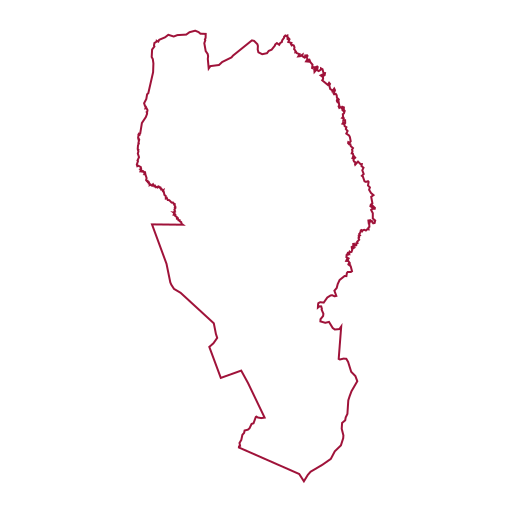 Manyinga, North-Western, Zambia
{"feature_id": "96606910B15136159078795", "entity_name": "Manyinga", "entity_type": "district", "adm_level": 2, "iso_a3": "ZMB", "parent_name": "Zambia", "parent_adm1": "North-Western", "projection": "equal_earth", "projection_center": [24.317, -13.081], "detail": "fine", "context": "isolated", "style": "outline", "palette": "rose", "viewbox_px": 512, "rotation_deg": 0, "n_neighbors": 0, "source": "geoboundaries", "source_scale": "gbopen_adm2", "svg_char_len": 5992}
<svg xmlns="http://www.w3.org/2000/svg" viewBox="0 0 512 512"><path d="M239.0,446.4L238.9,447.5L299.2,474.0L303.9,481.3L307.8,474.9L310.6,471.7L322.5,464.7L330.8,458.9L334.8,451.3L340.9,445.4L343.2,438.2L343.4,435.4L341.7,428.7L342.1,422.9L345.2,420.3L345.7,417.4L347.4,413.9L348.3,400.3L349.7,396.0L351.5,391.2L357.3,381.2L355.4,376.1L351.2,371.8L348.1,361.9L346.3,358.8L343.6,358.6L339.9,359.5L338.7,358.9L341.2,326.5L339.4,329.1L334.8,329.5L332.7,328.0L329.0,321.9L325.3,322.8L320.4,321.4L320.5,319.2L323.1,316.0L323.4,313.8L321.6,309.6L321.9,308.9L321.2,306.4L319.5,306.3L317.9,307.6L318.1,304.1L318.4,303.1L320.2,302.2L323.7,302.6L327.3,297.5L330.5,295.5L332.1,295.2L334.6,296.3L336.3,295.9L334.4,290.7L336.7,288.0L337.7,284.1L339.6,280.0L344.6,276.0L346.4,276.1L346.9,273.0L347.7,272.0L350.8,272.0L352.0,271.2L350.7,266.2L348.7,264.7L349.7,264.1L348.9,263.4L349.6,262.8L348.3,261.0L346.2,260.9L346.9,259.4L348.0,259.4L348.6,258.4L346.4,257.2L346.6,255.0L347.8,254.7L347.3,254.1L347.8,253.0L349.2,253.7L349.0,252.6L349.5,251.7L350.0,252.3L351.5,251.9L352.2,250.0L351.7,247.0L352.1,246.8L352.9,248.5L353.8,247.9L352.6,247.6L353.4,245.2L353.2,244.0L354.0,243.8L354.5,245.6L355.0,245.0L355.7,245.5L356.3,245.1L356.2,243.4L357.5,243.1L357.2,241.7L359.2,239.7L358.5,238.0L359.1,237.4L358.7,236.0L360.0,235.4L359.1,234.1L360.3,232.6L360.8,230.4L361.4,230.1L362.2,231.2L362.9,230.2L364.3,229.8L365.9,230.5L367.3,229.2L368.6,229.4L368.4,227.7L369.4,226.8L369.2,223.6L369.8,222.2L368.7,222.9L368.4,220.5L370.3,220.2L370.8,221.0L372.4,221.3L372.3,222.3L373.2,223.3L374.6,223.0L375.2,220.5L372.8,218.5L372.8,213.2L371.1,209.9L372.2,209.0L372.7,207.6L373.3,208.8L374.7,208.8L374.9,207.9L372.2,205.3L372.1,207.3L370.4,206.2L370.8,204.7L372.4,203.3L371.2,196.8L373.5,195.1L371.0,193.0L369.1,189.8L369.9,187.4L368.0,185.5L368.6,181.9L368.0,181.2L365.9,181.9L364.5,181.3L362.9,176.6L361.9,175.8L363.7,174.0L362.3,170.3L363.5,167.7L361.5,166.1L361.8,164.1L360.6,164.2L358.0,161.6L355.2,164.7L355.0,164.1L356.0,162.6L354.1,161.6L353.5,160.3L353.7,158.5L352.5,158.2L352.9,157.1L354.4,158.4L355.2,157.7L353.3,155.4L352.9,153.7L351.7,153.4L352.5,151.1L352.0,149.7L353.0,148.1L350.8,146.2L350.4,144.4L349.3,144.4L348.1,143.1L348.3,142.1L349.6,142.7L350.7,141.3L349.9,137.1L349.1,135.5L346.3,133.6L347.6,131.0L345.8,129.0L346.4,127.2L344.7,126.2L344.2,124.1L342.5,123.7L343.2,122.6L344.5,123.9L345.2,123.1L345.1,120.3L343.3,120.5L343.8,118.3L342.2,117.9L343.1,116.8L342.8,114.2L343.9,113.4L344.7,110.9L343.9,109.8L343.1,110.7L342.6,110.2L343.8,108.8L343.9,107.4L342.6,106.9L342.1,108.8L340.8,107.0L339.3,107.9L338.6,106.3L339.3,105.4L338.7,102.1L337.6,102.3L336.8,100.8L337.0,100.0L338.4,100.7L338.8,99.5L336.9,97.6L336.7,95.3L335.8,93.9L334.1,94.3L333.7,93.6L335.0,90.2L334.2,88.6L332.4,91.3L332.0,90.1L330.2,89.0L329.3,85.5L330.0,83.9L329.1,82.8L327.8,84.9L322.2,80.3L323.1,78.9L323.0,77.2L320.7,75.4L322.8,74.4L323.8,75.6L324.6,75.2L325.0,73.1L323.5,73.0L322.5,69.2L321.0,68.4L321.0,69.5L318.7,71.1L316.4,69.7L314.5,71.9L314.3,69.5L315.9,67.8L317.3,69.0L317.7,67.0L317.2,66.5L315.2,67.3L312.8,67.1L312.6,68.2L312.1,68.0L312.5,64.6L310.4,62.2L309.4,59.7L308.7,60.0L309.3,61.2L309.0,61.7L306.1,61.4L307.5,59.1L306.6,56.8L307.5,55.9L307.1,55.3L305.2,55.5L305.3,57.3L304.7,57.7L302.2,56.1L302.5,54.6L300.1,56.2L298.3,56.4L299.6,54.2L296.7,53.1L296.2,52.1L295.3,52.3L295.4,50.7L294.1,49.1L294.5,47.4L293.8,45.5L292.5,44.9L291.7,45.4L290.9,44.0L291.4,42.9L288.3,42.0L289.5,39.2L288.8,38.4L288.4,39.2L287.6,39.1L287.4,35.5L286.1,36.1L285.3,35.5L284.1,36.7L284.1,37.7L282.2,40.3L281.8,42.1L280.3,42.9L279.2,44.8L276.9,43.1L275.2,44.5L274.9,45.6L271.6,49.7L268.7,50.9L267.0,53.2L262.2,54.2L258.4,52.3L257.7,49.5L257.9,46.0L257.4,44.2L254.1,40.9L251.9,40.4L233.0,55.6L231.5,57.4L222.2,62.0L219.0,65.0L210.4,66.1L208.7,68.5L207.8,58.9L208.1,56.2L207.7,54.0L205.7,51.1L204.3,43.2L205.3,40.2L204.9,39.4L205.6,37.9L205.7,33.9L200.4,33.7L198.6,32.1L195.2,30.7L189.5,32.2L186.2,34.6L177.4,35.1L173.7,36.5L168.3,34.8L165.1,37.3L159.2,39.8L158.3,41.6L156.7,40.8L156.6,41.6L154.4,43.0L154.0,45.5L154.4,46.5L152.1,49.5L151.7,57.0L152.8,59.1L153.4,63.4L153.1,72.2L148.3,93.2L147.1,94.3L146.3,99.0L144.1,103.2L145.0,106.0L145.8,106.6L145.4,108.4L146.5,108.2L147.5,110.1L147.2,111.9L146.7,112.1L147.1,113.7L145.8,117.1L141.9,123.0L140.2,133.5L139.5,134.4L138.9,133.8L138.5,134.4L139.0,135.1L138.5,135.2L138.1,137.8L138.4,139.0L138.7,138.6L139.2,139.6L138.4,143.1L138.8,143.4L138.0,145.4L137.7,149.0L138.4,149.8L138.0,150.2L138.4,151.6L137.8,153.5L139.0,157.2L137.5,160.5L138.0,161.1L136.8,164.6L137.3,166.2L138.3,165.7L140.8,167.1L141.1,168.9L140.3,169.3L140.9,169.8L140.7,170.5L141.2,170.2L141.2,171.1L142.9,171.0L143.3,171.4L142.7,171.7L144.0,171.9L144.3,173.1L145.1,172.6L145.3,173.7L144.7,174.3L145.4,174.4L146.6,178.1L146.1,180.1L146.8,181.0L147.6,180.9L147.8,182.1L148.7,182.0L149.3,183.3L149.0,183.7L150.2,184.3L149.9,185.1L150.8,184.8L151.9,185.6L152.5,184.9L152.6,185.7L153.6,185.5L153.7,186.1L153.8,185.5L154.3,186.3L155.0,185.7L156.0,187.3L158.0,186.6L158.0,187.3L159.1,186.8L160.1,188.0L160.5,187.7L161.1,189.3L161.6,189.0L162.7,190.7L163.4,190.2L163.1,191.5L163.8,191.9L164.4,194.9L165.7,195.9L165.8,198.4L166.8,197.9L167.7,200.0L169.3,200.2L171.6,202.6L172.9,202.5L173.4,203.3L173.8,202.7L173.7,203.5L174.8,204.1L174.5,205.4L175.3,206.4L174.8,207.6L175.4,208.0L174.4,209.6L175.0,211.1L174.3,211.6L174.4,212.8L173.8,212.7L174.3,213.1L174.0,213.9L174.4,213.8L173.9,214.8L175.3,214.9L175.2,215.9L176.8,217.0L176.9,218.5L177.8,218.2L178.4,220.2L179.6,220.2L179.7,221.2L181.2,222.1L181.6,223.8L182.8,224.7L152.0,224.4L166.5,263.8L170.3,282.4L171.3,284.7L174.0,288.9L180.6,292.8L213.8,323.3L215.9,333.9L217.2,337.9L213.5,343.2L209.3,346.9L220.8,377.9L241.2,370.6L248.0,383.0L264.6,417.6L261.3,418.1L257.8,417.5L256.4,416.6L255.8,417.0L253.5,423.3L251.6,423.9L249.5,428.3L247.9,429.7L244.6,430.5L244.1,432.9L242.4,434.8L241.3,439.9L239.5,443.0L240.1,445.9L239.0,446.4Z" fill="none" stroke="#9f1239" stroke-width="2"/></svg>